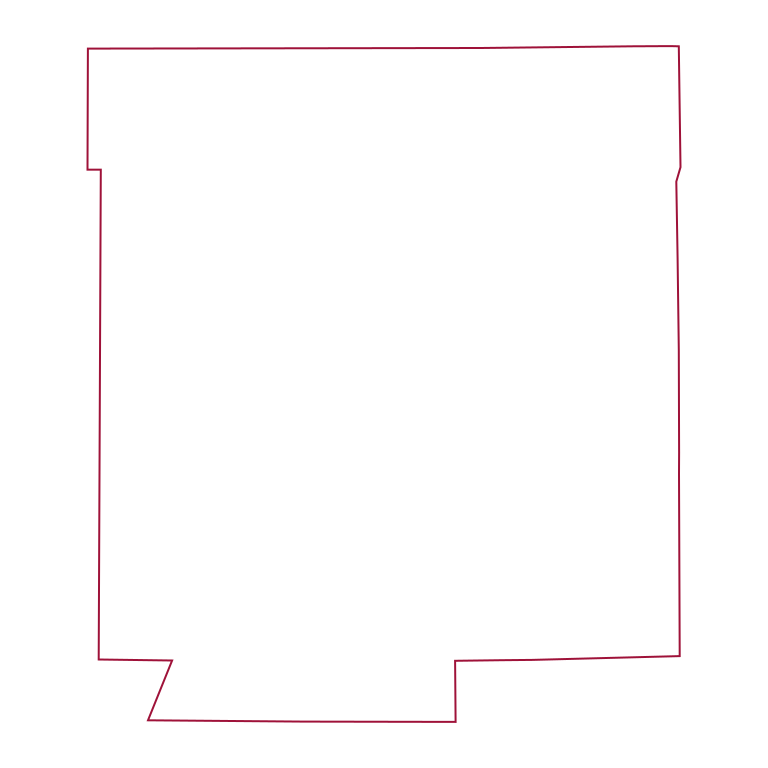 Hendricks, Indiana, United States of America
{"feature_id": "52423323B31792331256656", "entity_name": "Hendricks", "entity_type": "district", "adm_level": 2, "iso_a3": "USA", "parent_name": "United States of America", "parent_adm1": "Indiana", "projection": "orthographic", "projection_center": [-86.465, 39.762], "detail": "fine", "context": "isolated", "style": "outline", "palette": "rose", "viewbox_px": 768, "rotation_deg": 0, "n_neighbors": 0, "source": "geoboundaries", "source_scale": "gbopen_adm2", "svg_char_len": 407}
<svg xmlns="http://www.w3.org/2000/svg" viewBox="0 0 768 768"><path d="M148.0,720.3L303.9,721.6L455.6,721.9L455.1,660.8L501.5,660.2L532.4,659.9L664.3,656.5L679.7,656.1L679.0,473.7L679.1,452.9L678.8,350.1L677.6,258.5L676.3,181.6L680.5,167.2L678.8,46.3L670.6,46.1L632.4,46.3L480.9,48.0L87.9,48.6L87.5,169.7L100.8,169.7L98.7,659.5L172.1,660.5L148.0,720.3Z" fill="none" stroke="#9f1239" stroke-width="2"/></svg>